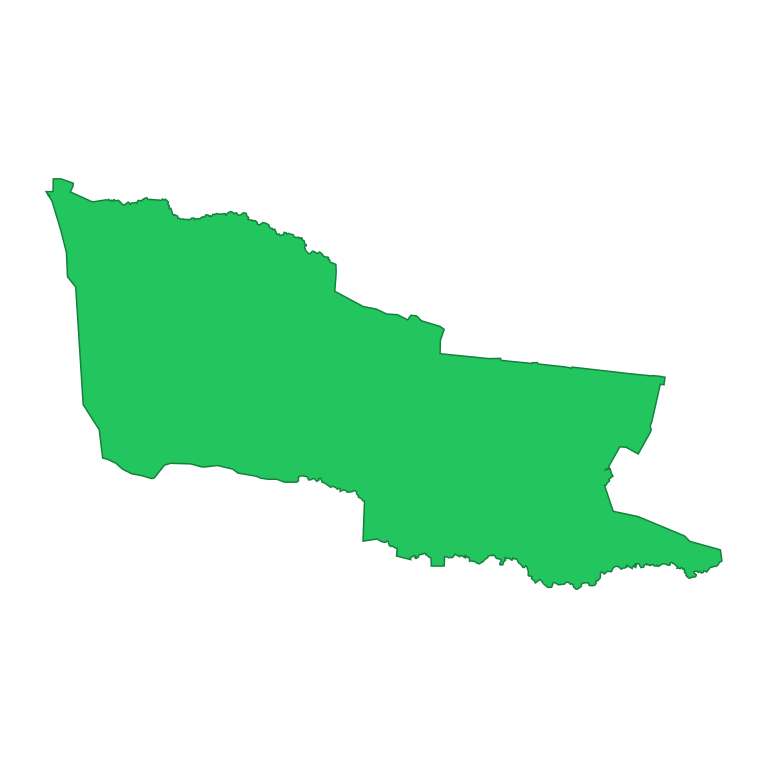 Elejas pag., Jelgava, Latvia (Albers equal-area conic projection), rotated 90°
{"feature_id": "27541924B1906845824135", "entity_name": "Elejas pag.", "entity_type": "district", "adm_level": 2, "iso_a3": "LVA", "parent_name": "Latvia", "parent_adm1": "Jelgava", "projection": "albers", "projection_center": [23.711, 56.427], "detail": "fine", "context": "isolated", "style": "filled", "palette": "green", "viewbox_px": 768, "rotation_deg": 90, "n_neighbors": 0, "source": "geoboundaries", "source_scale": "gbopen_adm2", "svg_char_len": 6125}
<svg xmlns="http://www.w3.org/2000/svg" viewBox="0 0 768 768"><g transform="rotate(90 384 384)"><path d="M191.6,721.9L195.5,719.7L194.9,718.9L196.0,718.3L196.5,718.9L201.0,716.0L231.0,707.0L252.4,701.6L276.8,700.5L287.0,692.3L404.7,684.8L429.7,668.8L458.1,665.3L459.0,661.2L463.1,652.2L468.9,645.8L473.7,636.5L475.6,626.4L478.5,616.5L478.3,614.8L477.6,613.4L465.2,603.6L463.3,597.4L463.9,577.3L466.8,566.8L467.0,563.7L465.5,550.6L469.1,535.3L473.1,530.0L476.2,511.8L478.2,507.2L479.3,499.6L479.2,491.4L482.2,483.4L482.1,471.1L480.9,469.6L477.3,469.6L476.0,467.7L475.8,466.5L476.5,461.1L480.0,459.2L479.5,456.3L478.6,454.9L478.6,453.7L481.4,451.2L479.9,449.0L478.6,449.1L478.3,447.3L482.3,445.8L483.0,443.4L487.3,437.3L486.2,435.1L487.7,432.1L489.2,430.7L488.3,428.7L488.9,427.6L491.3,427.9L489.8,423.8L490.8,421.8L492.0,421.1L491.8,420.3L492.2,419.8L491.6,415.5L490.5,414.0L490.8,412.6L492.1,411.5L494.1,411.3L495.9,409.3L497.2,409.6L498.5,406.8L500.8,405.0L501.1,403.5L541.1,405.0L539.0,390.9L541.3,387.1L542.2,384.3L542.3,382.4L541.1,380.7L541.4,379.9L545.1,378.9L546.4,377.5L546.3,375.2L548.1,372.5L548.4,370.8L556.0,371.5L559.6,357.3L558.0,357.8L555.5,353.8L556.4,352.0L557.5,353.2L558.5,352.1L557.4,349.9L555.2,349.0L554.4,347.7L554.5,346.1L553.2,343.4L553.9,342.2L554.8,342.3L554.8,341.3L557.1,339.1L558.1,337.0L566.1,336.7L566.0,323.8L556.9,323.4L556.7,321.6L557.7,319.5L557.5,315.3L554.2,313.1L556.7,308.4L555.4,307.0L557.9,302.6L557.4,302.1L556.1,303.3L555.4,302.4L556.7,301.6L556.9,300.3L557.4,300.3L558.2,298.6L561.2,298.5L560.9,297.9L561.5,293.3L563.4,290.6L563.8,288.4L562.1,286.3L562.2,285.6L558.9,282.5L557.8,280.4L556.3,279.9L555.3,277.5L555.6,275.7L555.0,275.0L555.6,273.5L558.4,271.6L559.3,267.4L560.9,266.9L564.1,268.4L565.1,267.4L564.7,265.1L561.7,264.2L560.0,262.3L558.3,263.2L557.4,262.5L558.5,260.7L558.2,259.1L560.1,256.4L560.0,255.8L557.8,255.0L558.8,253.8L559.1,252.7L558.7,251.9L559.2,251.2L562.5,249.6L564.9,246.8L567.4,245.2L567.5,243.8L565.8,242.1L566.2,241.4L571.4,239.7L575.4,239.8L575.9,239.3L576.0,237.5L577.0,236.0L578.5,236.5L581.1,233.6L582.9,232.6L579.6,228.2L580.4,226.9L583.8,224.5L587.3,220.3L587.4,217.9L587.3,216.4L582.6,214.6L582.6,213.3L584.8,209.6L584.1,203.6L582.3,201.7L582.3,199.5L584.2,197.7L583.9,196.1L584.3,195.4L587.3,194.1L589.2,192.0L589.2,190.7L586.6,186.9L583.9,186.4L583.0,184.4L582.7,180.6L584.1,179.0L585.1,179.0L585.7,177.8L585.6,174.5L584.8,172.7L582.9,171.8L580.8,172.0L580.4,171.5L580.8,170.2L577.8,167.7L573.3,167.6L571.8,166.4L574.0,163.6L571.3,160.6L571.7,156.6L568.2,155.0L566.6,153.0L566.3,151.6L566.7,149.4L569.2,146.8L568.1,144.8L568.0,143.2L567.1,141.3L565.4,141.5L565.1,140.6L566.3,139.7L568.5,135.8L566.0,134.6L567.4,132.2L565.2,131.7L565.0,133.4L563.7,132.6L563.7,129.2L567.6,127.0L567.1,124.3L564.9,123.6L564.1,121.8L564.8,121.2L564.0,120.7L565.4,118.7L564.9,118.1L565.4,117.5L564.8,116.9L565.0,116.0L564.4,114.8L565.9,113.9L566.1,111.9L565.2,111.3L566.5,109.8L563.8,105.3L563.8,103.5L565.4,99.2L564.9,97.9L563.0,98.1L562.4,96.6L563.4,95.4L563.3,94.5L566.9,90.5L568.2,91.0L568.0,89.9L568.7,87.9L567.5,86.6L568.0,85.6L568.9,85.6L569.4,84.8L569.1,84.0L571.4,83.2L572.2,83.6L574.0,81.7L575.5,82.0L577.9,79.4L578.2,78.2L576.9,74.8L577.1,73.5L576.4,72.2L575.0,71.7L572.6,74.1L571.6,74.2L571.0,71.7L572.4,69.6L571.3,68.7L572.9,67.0L572.5,64.7L571.2,64.4L571.2,62.7L572.0,61.3L567.4,57.7L566.9,54.9L566.4,54.3L566.3,51.5L564.5,49.6L562.4,48.6L561.1,46.1L549.8,47.6L541.3,78.4L536.0,83.4L516.6,129.9L511.3,154.8L485.5,163.4L485.3,162.1L482.8,160.6L481.2,158.7L480.1,158.5L479.3,159.4L476.1,155.0L474.4,156.2L468.9,157.9L469.9,162.5L469.0,161.7L468.3,158.4L466.6,159.3L446.9,148.2L447.2,142.1L454.0,129.8L432.3,117.7L430.0,116.9L425.5,117.7L421.8,116.2L384.3,107.7L384.8,104.0L377.2,103.0L376.7,107.4L376.4,107.3L375.6,115.4L376.0,115.5L373.6,139.3L367.1,196.0L368.2,196.2L367.0,202.5L364.0,229.8L362.6,230.7L362.7,235.8L363.5,235.9L360.4,266.8L358.4,267.4L358.6,279.7L353.7,327.9L340.3,327.6L329.4,323.8L326.5,327.8L320.8,346.6L316.0,351.3L315.2,357.0L319.9,360.4L314.7,370.5L314.0,381.5L309.1,391.6L306.5,404.9L291.3,433.2L272.3,431.8L264.4,432.1L262.0,438.0L259.7,438.5L259.4,439.7L257.6,439.4L257.1,440.4L256.9,443.2L255.3,445.4L254.7,445.3L252.5,447.5L252.0,448.6L253.3,450.1L253.3,451.9L252.4,452.3L251.2,454.6L251.5,455.9L253.5,457.7L253.6,459.6L250.4,462.3L247.3,463.3L246.1,463.1L245.7,461.6L244.7,461.7L243.7,463.5L241.0,463.7L239.3,466.5L238.3,465.9L237.9,466.4L237.9,468.8L237.2,469.5L237.6,470.8L237.3,472.1L237.5,472.5L236.8,473.9L234.6,474.8L234.1,477.8L233.4,478.9L233.8,481.3L232.9,481.7L232.3,483.8L234.7,484.8L235.5,487.8L234.0,489.0L234.4,490.3L234.1,491.2L229.2,493.2L229.6,495.3L228.5,495.8L228.4,496.9L227.0,498.7L225.3,498.9L223.4,501.5L222.5,505.1L225.0,508.6L224.0,510.8L222.5,510.7L220.8,512.5L220.5,513.3L221.0,515.1L220.2,515.5L219.8,519.5L219.3,520.1L218.1,519.3L217.0,519.8L215.7,521.5L213.8,521.5L212.9,523.0L212.8,524.1L213.2,525.5L214.7,526.8L215.4,529.9L212.9,531.4L212.8,532.2L213.5,532.8L213.6,534.0L212.7,534.6L211.5,537.2L212.9,540.2L215.1,541.8L215.2,542.3L213.6,542.9L214.2,548.6L213.5,551.7L214.4,552.9L214.5,555.4L216.0,555.9L216.5,557.3L215.7,557.9L216.3,558.8L214.9,560.0L214.9,562.1L216.7,563.4L217.4,564.7L216.9,565.1L217.0,566.0L219.0,568.4L218.6,569.4L218.8,572.1L219.7,573.0L217.9,574.2L218.4,576.9L219.8,578.0L219.8,579.1L219.4,579.5L219.5,582.8L218.9,585.2L219.3,587.0L218.3,588.6L218.4,590.2L216.2,590.3L214.7,593.7L215.3,594.1L214.6,595.1L208.3,597.2L208.6,598.7L205.6,598.8L203.9,600.2L202.1,599.6L199.2,602.5L200.1,603.9L199.0,605.6L200.3,606.5L199.4,618.3L199.7,619.3L199.6,620.1L198.0,620.8L197.8,622.1L199.2,624.4L199.2,625.2L201.1,626.5L200.6,627.4L200.5,630.0L203.3,631.3L202.5,632.0L203.1,635.1L202.8,636.0L204.4,637.9L202.7,638.7L202.2,639.9L205.1,643.7L203.7,646.5L202.6,647.0L202.4,647.9L201.3,648.2L200.3,649.9L200.9,652.8L199.7,653.6L199.7,654.3L201.0,655.3L200.2,656.6L201.0,657.9L199.4,659.2L200.1,659.9L199.8,661.6L201.8,674.6L201.5,676.5L191.9,697.7L186.3,695.0L183.2,694.8L178.8,707.2L178.8,714.7L191.6,715.0L191.6,721.9Z" fill="#22c55e" stroke="#15803d" stroke-width="1.5"/></g></svg>